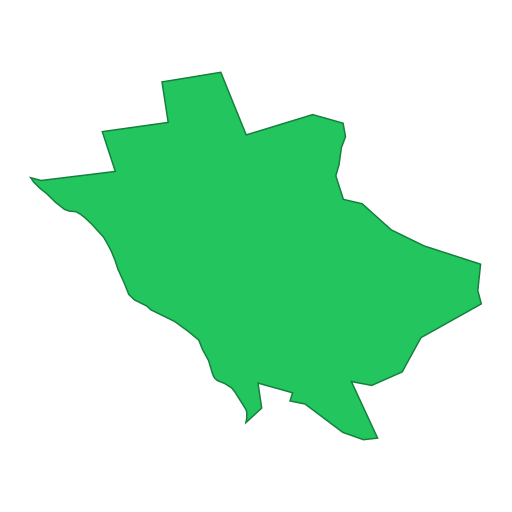 outline of Mercer, New Jersey, United States of America
{"feature_id": "52423323B46103575279257", "entity_name": "Mercer", "entity_type": "district", "adm_level": 2, "iso_a3": "USA", "parent_name": "United States of America", "parent_adm1": "New Jersey", "projection": "albers", "projection_center": [-74.749, 40.281], "detail": "fine", "context": "isolated", "style": "filled", "palette": "green", "viewbox_px": 512, "rotation_deg": 0, "n_neighbors": 0, "source": "geoboundaries", "source_scale": "gbopen_adm2", "svg_char_len": 1005}
<svg xmlns="http://www.w3.org/2000/svg" viewBox="0 0 512 512"><path d="M30.7,177.7L33.9,182.3L40.3,188.6L46.4,193.4L55.6,202.4L64.5,209.4L69.3,211.1L76.1,211.7L80.7,214.4L85.1,217.9L91.5,223.9L103.6,237.2L107.0,243.0L111.1,250.8L114.9,260.0L118.2,269.9L118.3,269.9L124.6,283.9L128.8,294.5L134.6,300.0L146.7,306.0L151.0,309.9L174.7,321.5L188.5,331.6L198.1,339.5L199.0,340.6L202.4,349.3L208.3,360.1L208.6,360.6L212.2,372.7L213.5,376.2L214.7,378.1L217.0,380.3L217.3,380.5L224.7,383.5L231.5,387.8L234.8,391.8L246.0,409.6L246.8,412.4L246.7,418.3L245.9,422.6L261.7,408.1L258.0,383.1L292.6,392.8L290.0,401.0L305.0,404.0L342.8,432.4L363.4,439.7L377.6,438.1L351.4,381.6L371.8,385.4L402.2,371.9L421.0,337.6L481.3,303.9L477.8,290.5L480.6,264.2L424.0,245.9L391.3,229.9L362.1,203.7L343.4,199.4L335.8,175.9L339.0,164.9L341.4,147.6L345.5,136.7L343.1,123.2L312.6,114.6L246.2,134.9L220.8,72.3L162.0,81.9L168.2,122.4L102.3,131.6L115.3,171.4L41.1,180.5L30.7,177.7Z" fill="#22c55e" stroke="#15803d" stroke-width="1.5"/></svg>